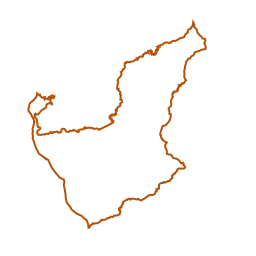 outline of La Gloria, Cesar, Colombia, rotated 347°
{"feature_id": "7082276B41841222112107", "entity_name": "La Gloria", "entity_type": "district", "adm_level": 2, "iso_a3": "COL", "parent_name": "Colombia", "parent_adm1": "Cesar", "projection": "orthographic", "projection_center": [-73.641, 8.636], "detail": "fine", "context": "isolated", "style": "outline", "palette": "amber", "viewbox_px": 256, "rotation_deg": 347, "n_neighbors": 0, "source": "geoboundaries", "source_scale": "gbopen_adm2", "svg_char_len": 5779}
<svg xmlns="http://www.w3.org/2000/svg" viewBox="0 0 256 256"><g transform="rotate(347 128 128)"><path d="M32.8,116.0L33.9,127.0L35.5,133.1L40.1,138.2L40.7,139.7L41.2,139.3L43.0,141.1L44.7,149.0L46.9,154.3L50.3,161.0L53.9,163.8L53.8,166.3L52.5,169.6L52.6,172.4L52.3,177.8L51.5,183.3L51.6,186.8L54.2,192.4L54.2,193.8L55.2,195.3L58.6,199.8L63.2,203.3L64.7,205.9L67.0,208.4L67.5,212.5L67.1,216.3L68.3,216.0L69.7,214.2L70.7,214.1L72.3,213.0L72.8,213.6L74.5,213.5L77.0,213.9L79.8,212.8L81.4,211.5L81.8,211.9L83.4,211.8L85.0,212.3L88.2,211.1L89.7,211.4L91.4,210.5L93.2,211.3L94.5,210.4L98.2,210.7L99.3,210.3L100.3,210.4L101.8,207.8L101.9,207.0L100.7,206.2L100.8,205.0L101.2,204.9L101.5,204.3L102.2,204.5L102.2,204.0L102.7,203.6L103.8,203.8L104.0,202.6L104.8,202.1L105.3,201.1L106.1,200.9L106.1,199.5L106.5,199.0L110.3,197.6L111.2,197.8L112.1,197.2L113.4,197.1L114.1,197.4L113.8,198.1L114.1,198.4L115.8,197.7L117.8,198.3L120.6,199.7L122.0,199.3L123.4,200.9L125.1,201.7L125.9,201.0L129.0,200.3L129.6,199.7L130.7,199.2L131.7,199.2L132.6,198.5L134.9,198.2L136.3,198.8L139.1,198.5L140.7,196.0L141.5,196.2L142.1,194.9L142.0,194.3L142.8,194.5L143.1,193.9L144.6,194.0L144.9,191.8L145.7,190.1L146.7,189.4L148.3,189.0L149.1,189.4L150.3,189.4L150.6,188.7L152.2,189.5L155.1,188.7L155.4,189.0L156.7,189.1L158.0,187.5L158.4,187.6L160.0,186.5L160.0,185.2L160.4,184.2L161.2,184.3L161.4,183.6L162.9,182.9L163.7,182.9L163.7,182.3L166.0,181.0L166.2,180.2L167.3,179.2L169.1,178.9L170.3,179.5L173.0,180.0L174.0,179.9L175.1,178.7L173.7,176.5L174.2,175.7L173.7,174.2L172.0,174.4L171.6,174.1L170.8,171.7L170.0,170.5L168.7,169.1L165.3,167.4L164.0,163.7L162.3,163.2L160.1,162.0L160.7,158.7L160.6,157.3L160.1,156.3L160.0,153.5L162.5,150.8L160.8,149.5L158.9,147.3L159.2,146.5L158.3,145.5L158.2,143.5L158.5,142.5L157.8,141.7L159.3,138.4L162.4,133.8L163.7,134.0L165.9,133.5L169.9,130.4L172.0,127.2L172.8,124.1L171.5,123.5L172.1,121.5L171.8,119.0L172.1,117.8L174.9,116.1L175.6,114.5L175.7,111.7L177.6,108.6L178.9,107.7L178.5,105.8L179.2,104.5L179.9,104.3L179.8,103.5L180.4,103.5L180.9,103.1L181.2,103.7L182.5,102.9L183.6,103.5L184.9,102.8L184.7,102.2L185.3,102.2L185.8,101.2L185.4,100.5L187.0,99.2L187.0,97.7L188.1,97.5L188.3,98.5L188.7,98.8L189.4,97.9L190.2,97.7L190.5,96.7L191.3,96.9L191.8,96.5L192.3,97.0L195.3,94.5L194.8,94.0L194.3,90.7L195.2,87.8L195.5,85.3L197.1,82.1L197.2,80.9L198.0,80.0L199.5,76.7L202.2,74.1L203.0,74.0L203.9,74.4L205.8,72.4L208.1,71.9L209.5,70.4L209.9,69.4L213.8,68.8L214.4,69.0L217.0,68.3L221.2,68.5L221.9,66.9L222.0,65.7L221.3,62.9L223.2,59.8L223.1,58.7L221.3,57.9L220.7,57.2L220.0,55.2L218.9,54.1L217.2,50.7L217.0,47.0L215.3,44.8L215.8,42.4L215.3,39.7L213.8,43.4L212.4,43.9L211.6,45.1L210.9,45.5L209.1,45.6L207.7,47.4L207.8,48.4L205.1,49.5L204.1,51.1L202.7,52.2L199.1,52.1L197.4,52.9L193.6,53.8L191.4,53.2L189.1,54.1L188.7,54.5L187.8,54.2L186.9,54.4L185.9,53.7L183.7,53.1L181.8,53.7L180.9,54.3L178.2,54.6L177.5,54.9L177.4,55.4L177.0,54.9L176.2,54.8L175.6,55.3L175.7,56.2L175.0,56.0L175.5,56.8L175.3,57.8L174.6,58.3L173.8,57.7L173.1,58.1L173.7,58.8L174.3,58.7L174.4,59.0L173.4,59.4L173.2,59.9L172.8,59.4L172.2,59.6L171.6,61.0L171.9,61.7L171.1,61.7L171.2,62.2L170.6,62.7L169.4,62.5L169.6,61.7L168.9,61.1L167.9,61.5L168.0,60.5L166.6,60.4L167.9,59.2L166.9,58.5L167.1,58.2L168.1,58.0L167.6,57.4L167.1,57.4L166.6,58.1L164.8,57.4L164.2,58.3L164.3,59.3L163.6,58.9L162.0,59.2L161.7,58.7L161.1,59.3L159.3,59.8L159.1,61.0L158.4,61.8L157.7,61.8L157.0,61.1L155.0,61.4L154.5,62.0L153.9,61.7L153.3,62.4L152.6,62.2L153.0,63.2L152.1,63.7L151.4,63.1L149.8,63.3L149.3,63.8L147.5,64.2L146.0,64.0L144.6,64.3L141.8,63.3L141.0,64.2L140.2,63.7L139.6,63.9L138.8,66.1L138.8,67.9L137.0,69.8L136.1,69.7L134.7,71.5L133.5,71.9L134.0,73.2L133.2,75.2L131.4,76.8L130.4,77.2L128.5,79.1L129.1,80.6L127.2,84.1L126.2,87.1L126.5,88.0L127.6,87.8L127.3,89.6L128.7,91.5L127.8,93.6L128.5,94.3L127.7,96.0L127.7,97.4L126.9,98.4L128.3,99.7L128.0,101.4L125.8,102.6L125.6,104.6L122.9,105.3L122.2,106.3L121.5,106.5L121.2,108.4L120.9,108.3L120.6,107.3L120.1,107.5L119.5,110.5L119.8,111.0L119.2,112.2L118.2,112.4L118.4,112.0L119.2,111.9L119.0,111.4L117.8,111.7L116.7,111.5L116.6,112.1L115.6,111.2L114.7,111.8L114.7,112.4L114.0,112.7L113.6,112.5L113.8,111.9L112.9,112.3L112.2,113.6L112.7,114.1L112.8,115.7L113.5,116.1L114.1,115.6L114.0,116.4L114.5,116.8L114.2,117.3L114.9,117.3L115.3,117.8L114.6,118.5L114.7,119.0L113.9,119.0L113.7,119.7L99.4,123.2L99.1,122.4L97.4,121.4L94.8,121.3L93.3,119.9L92.5,119.9L90.1,118.9L87.2,118.8L87.0,118.2L86.2,118.4L86.0,118.0L85.7,118.7L85.0,118.3L84.2,119.2L81.4,118.8L79.4,118.9L79.3,120.4L78.4,120.8L77.5,120.3L77.2,119.5L76.4,118.9L75.3,118.2L74.7,118.3L74.5,117.7L72.8,118.2L70.9,117.7L69.7,118.4L68.2,118.2L66.8,117.3L66.4,115.5L65.8,114.7L64.6,114.1L63.4,114.2L62.4,115.4L62.3,116.5L60.7,117.3L60.2,116.8L59.0,116.8L58.9,116.0L57.9,115.5L54.7,115.5L54.1,115.2L53.7,115.9L53.2,115.9L52.5,115.7L52.0,114.8L51.8,115.1L51.1,114.8L49.2,115.9L47.2,115.2L45.6,115.7L44.9,115.1L41.7,115.2L39.0,114.4L38.3,112.8L38.7,111.3L39.4,110.4L42.5,108.9L42.4,107.8L40.4,106.6L40.4,104.1L41.0,102.7L40.4,100.9L41.1,99.3L39.7,96.4L40.0,93.9L41.0,93.2L42.0,94.5L43.4,94.5L48.3,91.0L52.1,90.0L53.2,88.9L53.8,87.0L54.6,86.5L56.7,86.1L58.1,86.6L59.1,87.7L59.4,86.5L58.2,85.6L58.6,84.5L58.2,82.6L59.9,81.9L61.1,82.1L62.6,81.2L62.3,81.8L62.6,81.9L63.3,81.0L61.6,79.1L59.9,79.6L60.2,80.8L59.5,80.9L58.9,80.1L57.9,80.1L56.9,81.3L56.3,81.2L56.2,81.8L54.1,80.6L53.6,79.8L53.0,79.9L52.9,80.6L52.6,79.9L53.4,79.2L51.2,79.1L49.5,76.8L49.8,75.8L48.0,75.5L47.8,74.3L47.3,73.8L47.1,75.2L44.9,77.8L43.4,78.5L42.2,79.7L39.1,81.1L37.5,82.4L35.0,87.8L35.0,89.3L36.8,92.9L36.9,95.0L37.6,96.3L38.1,99.9L37.6,102.3L34.7,107.6L34.5,110.5L33.7,111.6L33.6,114.5L33.3,115.6L32.8,116.0Z" fill="none" stroke="#b45309" stroke-width="2"/></g></svg>